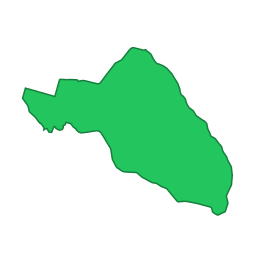 Haarlemmermeer, Noord-Holland, Netherlands, rotated 274°
{"feature_id": "6326949B97819203783200", "entity_name": "Haarlemmermeer", "entity_type": "district", "adm_level": 2, "iso_a3": "NLD", "parent_name": "Netherlands", "parent_adm1": "Noord-Holland", "projection": "mercator", "projection_center": [4.677, 52.324], "detail": "fine", "context": "isolated", "style": "filled", "palette": "green", "viewbox_px": 256, "rotation_deg": 274, "n_neighbors": 0, "source": "geoboundaries", "source_scale": "gbopen_adm2", "svg_char_len": 5593}
<svg xmlns="http://www.w3.org/2000/svg" viewBox="0 0 256 256"><g transform="rotate(274 128 128)"><path d="M202.8,146.0L203.3,145.6L203.9,144.9L204.9,143.5L205.2,143.1L205.9,141.5L206.0,141.4L206.3,141.2L206.7,141.1L206.9,140.9L207.0,140.8L207.1,140.7L207.2,140.3L207.2,140.1L207.3,139.8L207.3,139.7L207.2,139.4L206.9,138.9L206.7,138.6L206.7,138.3L208.4,128.7L208.5,128.1L208.5,127.7L208.4,127.0L208.3,126.5L208.1,126.5L207.9,126.1L207.6,125.7L207.3,125.2L206.9,124.7L206.3,124.2L196.0,117.2L195.7,117.0L195.4,116.7L192.1,111.3L191.9,111.1L191.4,110.5L189.9,109.6L180.1,103.0L174.3,99.3L171.5,97.4L171.1,97.1L170.7,96.8L170.5,96.5L170.2,96.1L170.1,95.8L170.0,95.5L170.0,94.8L170.0,94.3L170.9,88.9L171.8,83.7L172.1,82.0L172.2,81.4L172.2,80.7L172.2,79.7L172.1,79.0L171.9,77.9L171.6,76.8L171.3,76.0L170.9,75.3L171.4,75.1L172.5,73.8L172.4,69.5L172.4,68.8L172.2,66.0L172.1,65.5L171.9,63.7L171.9,62.4L171.9,59.3L171.9,58.8L171.8,57.7L171.8,56.8L171.7,56.7L171.4,56.5L170.7,56.3L170.7,56.2L154.3,52.8L155.1,49.1L155.2,48.9L155.6,46.7L155.7,46.3L156.9,40.8L157.9,35.7L158.1,35.2L159.6,27.8L160.6,22.9L150.7,20.8L150.3,20.7L144.7,25.4L144.3,25.7L143.5,26.3L142.7,26.7L142.0,27.0L141.7,27.2L137.4,28.4L133.6,33.2L132.0,35.0L131.3,35.7L130.6,36.3L129.8,37.0L129.2,37.4L128.6,37.9L128.1,38.3L126.6,39.9L126.6,40.3L126.4,40.3L126.3,40.5L125.8,41.4L123.0,43.7L122.5,44.0L122.0,44.2L121.8,44.2L121.5,44.2L120.3,44.2L120.6,44.5L121.1,45.2L121.3,45.7L121.6,46.4L121.7,46.8L121.8,47.1L118.4,49.4L118.3,52.1L121.8,53.2L124.3,54.0L124.3,54.9L122.5,56.2L121.0,59.7L121.8,62.3L123.8,63.5L125.8,63.0L126.7,65.0L129.3,65.8L128.6,69.2L128.7,69.3L128.7,69.7L128.6,69.9L128.5,70.2L128.3,70.4L128.2,70.6L127.3,71.5L125.7,72.9L125.3,73.2L125.0,73.7L124.5,74.5L123.9,75.3L123.7,75.7L123.6,76.0L123.0,76.3L122.3,76.9L122.1,77.1L121.5,77.7L121.1,78.3L120.8,78.8L120.4,79.5L120.3,79.9L120.3,80.0L120.2,80.1L120.1,80.5L120.0,80.9L120.0,81.2L119.9,81.6L119.9,81.8L120.0,82.6L120.1,83.3L120.9,87.1L122.2,93.0L122.5,94.1L122.8,95.6L122.9,96.0L123.0,96.4L123.1,97.2L123.1,97.5L123.0,98.1L123.0,98.3L122.9,98.5L122.9,98.8L122.8,99.1L122.6,99.4L122.4,99.9L122.2,100.3L121.9,100.7L121.7,101.0L121.3,101.4L120.8,101.8L114.6,106.3L113.3,107.1L108.7,110.4L108.2,110.8L106.7,111.8L106.2,112.1L105.7,112.3L105.4,112.4L102.8,113.0L100.0,113.6L97.0,114.3L96.1,114.5L95.8,114.6L95.0,115.0L89.5,118.3L88.9,118.7L88.4,119.1L88.0,119.6L87.7,119.8L87.5,120.1L87.1,120.7L85.3,123.9L84.8,124.9L84.5,125.5L84.3,126.0L84.2,126.6L84.1,127.3L84.0,127.6L84.0,128.4L84.0,129.8L84.1,133.7L84.1,134.1L84.1,135.0L84.1,137.1L84.2,138.7L84.2,139.0L84.1,139.3L84.1,139.6L84.0,139.9L83.8,140.2L83.5,140.7L83.2,141.0L81.3,143.6L80.4,144.8L80.1,145.3L79.8,145.7L79.5,146.3L79.1,147.3L79.0,147.5L76.2,153.5L76.0,154.1L75.7,154.8L75.4,155.4L75.2,156.2L75.2,156.4L75.0,157.3L75.0,157.5L74.9,157.9L74.9,159.4L74.9,159.7L74.8,160.0L74.7,160.3L73.4,162.7L73.3,162.9L72.1,165.1L71.9,165.5L71.8,166.0L71.1,168.2L70.9,168.6L70.5,170.1L70.3,170.5L70.2,170.7L70.0,171.1L67.6,173.3L58.6,181.9L58.4,182.1L58.2,182.4L58.1,182.7L58.0,182.8L57.9,183.1L57.9,183.4L57.9,183.6L58.0,184.1L58.2,185.8L58.4,186.8L58.5,187.3L58.9,190.4L58.9,190.8L58.9,191.0L57.7,201.3L57.5,202.3L57.5,202.7L57.4,203.0L57.2,203.8L57.1,204.6L56.6,207.1L55.8,211.0L55.6,212.1L55.4,213.2L55.2,214.1L55.0,215.4L54.9,215.7L54.8,215.9L54.6,216.3L54.4,216.5L54.1,216.9L53.9,217.0L53.7,217.1L52.5,217.5L51.5,217.8L50.6,218.1L50.4,218.2L50.0,218.5L49.9,218.6L49.7,218.8L49.4,219.2L48.5,220.9L47.7,222.6L47.6,222.9L47.5,223.3L47.5,223.6L47.5,223.9L47.6,224.1L47.6,224.3L47.8,224.5L49.4,227.4L51.1,230.4L51.2,230.6L51.3,230.7L51.5,230.8L52.3,231.1L59.4,232.8L60.1,232.9L60.4,232.8L60.8,232.8L61.2,232.7L61.4,232.6L64.8,231.5L66.1,231.1L66.4,231.0L66.7,231.0L67.0,231.0L67.3,231.0L67.8,231.1L75.7,234.1L78.2,235.1L78.5,235.1L78.8,235.2L81.2,235.2L88.2,235.3L88.9,235.2L90.1,234.9L92.7,234.5L94.0,234.2L94.6,234.1L95.9,233.9L96.5,233.7L96.9,233.5L97.8,232.9L99.5,231.9L100.3,231.4L100.6,231.1L102.2,230.1L102.8,229.8L103.1,229.6L103.7,229.3L104.5,229.1L105.1,228.9L107.1,227.6L107.9,227.0L108.2,226.8L109.3,225.8L109.6,225.5L111.7,224.2L112.3,223.9L112.7,223.7L115.7,222.7L116.0,222.6L116.3,222.4L116.7,222.0L117.9,220.8L118.1,220.5L118.3,220.3L118.4,220.2L118.9,219.7L119.3,219.4L123.0,216.2L123.5,215.6L123.9,215.2L124.2,214.5L125.3,211.9L125.4,211.7L125.6,211.4L126.0,211.1L126.4,210.9L126.9,210.6L129.0,209.8L130.2,209.1L131.5,208.3L132.2,207.9L132.7,207.7L134.3,207.2L137.3,206.4L137.9,206.2L138.1,206.1L138.2,205.9L140.1,204.0L140.2,203.8L140.3,203.7L140.5,203.2L140.7,202.6L140.9,202.1L141.3,201.5L144.9,195.5L145.0,195.2L145.5,194.8L146.6,194.1L147.2,193.7L147.5,193.5L148.0,193.1L148.3,192.9L149.2,192.2L149.6,191.9L149.8,191.7L150.3,191.0L150.4,190.8L151.0,190.0L151.2,189.8L151.4,189.4L151.8,188.8L152.0,188.3L152.2,187.9L152.5,187.6L152.6,187.4L153.3,187.1L153.5,186.9L153.8,186.7L154.2,186.3L154.5,186.0L154.7,185.8L155.0,185.7L155.4,185.4L156.1,185.1L156.9,184.7L158.6,184.0L160.3,183.4L160.5,183.4L160.8,183.2L162.6,181.7L163.4,181.0L163.5,181.0L163.9,180.3L163.9,180.2L164.0,180.1L164.2,179.6L164.4,179.4L164.5,179.3L164.7,179.1L164.9,178.9L165.1,178.7L166.1,178.2L166.4,178.1L167.2,177.7L167.8,177.5L168.2,177.4L169.9,177.1L170.5,176.9L172.3,176.2L175.5,174.7L176.1,174.3L176.8,173.9L181.0,170.8L181.9,170.1L184.4,168.5L184.8,168.2L185.1,168.0L185.3,167.7L190.0,162.8L190.3,162.4L190.8,161.8L190.9,161.5L192.5,158.6L192.6,158.4L193.8,154.9L194.0,153.8L194.4,152.3L194.5,152.1L196.3,150.2L197.8,149.1L199.3,148.0L202.7,146.1L202.8,146.0Z" fill="#22c55e" stroke="#15803d" stroke-width="1.5"/></g></svg>